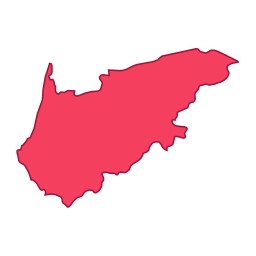 the border of Western, rotated 89°
{"feature_id": "GHA-2162", "entity_name": "Western", "entity_type": "Region", "adm_level": 1, "iso_a3": "GHA", "parent_name": "Ghana", "parent_adm1": "", "projection": "robinson", "projection_center": [-2.27, 5.896], "detail": "fine", "context": "isolated", "style": "filled", "palette": "rose", "viewbox_px": 256, "rotation_deg": 89, "n_neighbors": 0, "source": "natural_earth", "source_scale": "10m", "svg_char_len": 4733}
<svg xmlns="http://www.w3.org/2000/svg" viewBox="0 0 256 256"><g transform="rotate(89 128 128)"><path d="M57.7,94.0L56.7,92.6L50.0,58.7L50.1,57.1L50.8,56.1L52.3,55.1L52.8,54.5L54.4,49.2L54.2,48.5L53.1,46.1L52.0,44.5L51.7,43.5L51.8,40.1L53.2,36.4L63.0,17.4L64.0,16.7L64.1,17.0L65.0,22.1L65.6,24.0L66.5,25.8L66.7,26.2L67.1,26.7L67.8,27.3L68.3,27.6L68.8,27.8L69.9,27.9L70.3,27.9L70.8,27.8L74.0,26.3L74.9,26.1L75.8,26.3L77.1,26.9L79.7,28.5L80.9,29.8L81.9,31.0L83.9,35.2L84.3,37.2L85.6,40.5L85.7,41.1L85.8,42.8L85.9,43.4L86.0,43.9L86.2,44.3L86.4,45.3L86.4,45.9L86.4,46.4L85.7,48.2L85.5,48.7L85.5,49.3L85.6,50.1L85.8,51.1L86.3,52.6L86.6,53.6L86.6,54.4L86.6,55.0L86.9,55.5L87.2,55.8L87.6,56.1L89.9,56.8L90.7,57.2L94.0,60.1L94.4,60.3L95.3,60.5L96.4,60.6L99.6,60.3L100.3,60.4L101.1,60.6L102.2,61.2L102.8,61.7L103.1,62.2L103.5,64.2L103.8,65.2L104.3,65.9L104.7,66.3L105.1,66.6L105.5,66.8L107.2,67.3L108.2,67.8L108.7,68.2L109.0,68.7L112.8,77.7L113.2,78.1L113.7,78.4L114.1,78.5L116.5,78.6L117.0,78.7L117.4,78.8L118.3,79.4L119.4,80.4L120.2,80.8L120.9,80.8L120.6,83.1L120.8,83.4L121.3,83.7L122.0,83.8L122.6,83.8L123.2,83.7L123.6,83.6L124.4,83.2L124.7,82.9L125.8,81.7L126.1,81.3L126.5,80.3L126.8,79.3L127.0,78.2L127.9,71.5L128.1,70.8L128.5,69.7L129.0,69.2L129.5,69.0L130.0,69.0L130.4,69.1L131.2,69.5L133.8,71.4L134.3,71.5L135.0,71.5L136.8,70.8L137.5,70.7L138.1,70.8L138.5,71.1L138.8,71.4L138.9,71.8L139.0,72.1L139.0,72.6L139.0,73.1L137.4,78.6L137.3,79.8L137.3,80.3L137.4,80.8L137.6,81.3L138.4,81.7L144.6,83.3L145.0,83.5L145.3,83.8L145.6,84.1L146.3,85.3L146.5,85.8L146.9,87.3L147.0,87.9L147.3,88.4L147.8,89.1L148.4,89.4L149.0,89.5L151.0,89.4L150.5,90.8L149.9,91.8L148.6,93.2L147.5,94.0L145.2,95.1L143.8,96.0L143.1,96.6L142.7,97.1L142.6,97.6L142.4,98.8L142.4,100.0L142.5,101.2L142.6,101.8L142.8,102.6L143.5,103.8L143.8,104.2L146.3,106.1L147.7,106.8L148.4,107.1L148.8,107.2L150.6,107.8L151.3,108.4L152.1,109.4L152.4,110.0L153.3,112.6L153.6,113.0L153.9,113.3L154.3,113.5L156.9,114.7L158.2,115.5L158.6,115.8L158.9,116.1L160.5,117.9L164.3,124.2L164.6,124.5L164.9,124.8L166.4,126.2L166.8,126.4L167.2,126.6L169.2,127.2L169.6,127.4L170.1,127.9L170.8,128.7L171.9,130.5L172.4,131.5L172.6,132.3L172.5,132.9L172.2,134.6L172.1,136.1L172.1,137.1L172.3,137.7L172.7,138.1L173.8,138.7L174.4,139.2L174.6,139.8L174.5,140.3L174.3,140.7L173.7,141.3L173.4,141.7L173.2,142.1L173.1,142.6L173.0,143.2L173.1,145.1L173.0,146.2L172.5,148.2L172.0,149.8L171.9,150.6L171.9,151.7L172.2,153.6L172.6,154.4L173.0,154.9L173.5,155.0L173.9,154.9L176.7,153.6L177.6,153.4L178.6,153.2L179.1,153.3L179.6,153.4L180.0,153.6L180.4,153.8L181.4,154.7L181.8,154.9L182.3,155.1L182.7,155.2L184.8,155.3L185.8,155.4L186.7,155.8L187.5,156.2L189.1,157.2L190.2,158.3L191.3,159.6L192.1,161.0L192.2,161.4L192.2,161.9L192.1,162.2L191.7,163.0L191.4,163.4L191.1,163.6L190.7,163.7L190.3,164.0L190.0,164.3L189.8,164.7L189.6,165.8L189.4,166.9L189.4,167.5L189.4,168.0L189.7,169.1L190.2,170.8L191.6,172.7L191.9,173.0L192.6,173.6L193.4,174.0L193.9,174.3L194.5,174.7L195.2,175.5L195.5,176.0L195.8,176.7L196.4,178.9L196.7,179.6L197.0,180.1L198.1,181.5L200.9,184.4L204.3,186.9L204.8,187.5L205.7,188.6L206.0,189.3L205.9,189.8L205.7,190.2L203.1,192.4L202.1,193.9L201.8,194.2L201.4,194.5L201.1,194.7L200.7,194.8L200.3,195.0L199.8,195.0L198.6,195.0L198.2,195.1L197.4,195.3L197.0,195.5L196.6,195.7L196.3,196.0L195.9,196.3L195.4,197.0L193.8,200.5L193.4,201.5L193.1,202.6L192.8,204.9L192.7,205.9L193.5,212.2L193.4,212.2L192.2,211.6L190.7,211.5L189.3,211.9L188.2,212.8L188.1,213.6L188.7,215.1L188.5,215.8L187.9,216.5L187.6,216.9L181.8,220.1L180.8,221.0L178.3,224.0L178.1,224.7L178.3,225.4L178.2,225.8L177.5,226.0L176.7,226.1L170.9,228.0L164.4,231.3L163.0,232.6L161.0,235.9L159.7,237.3L158.5,237.8L152.7,238.7L151.5,239.2L149.3,239.3L148.7,239.2L148.1,238.5L147.9,237.5L148.0,236.5L147.8,235.6L146.7,235.3L146.0,235.1L144.7,234.7L143.8,234.6L143.8,234.2L143.1,233.2L139.4,229.9L137.7,229.1L136.8,228.5L136.5,227.7L136.4,227.0L136.0,226.2L135.5,225.7L126.7,221.8L112.4,218.4L98.4,213.1L87.4,212.1L75.2,209.7L63.4,205.6L62.1,205.3L62.4,203.7L63.0,203.5L63.8,203.2L64.8,203.0L70.8,203.0L72.7,203.7L73.2,204.2L74.2,205.9L74.7,206.3L75.8,206.1L77.5,205.3L78.4,205.0L78.2,202.3L80.6,201.2L83.6,200.7L85.4,199.7L88.8,199.9L90.8,199.5L92.0,198.6L92.8,196.8L92.3,196.1L91.2,195.1L90.9,194.7L90.9,193.9L91.2,191.8L91.3,191.0L90.9,189.9L89.7,188.0L89.5,186.7L90.0,180.7L92.9,181.3L94.0,181.1L94.8,179.9L95.1,178.2L94.7,176.5L92.4,170.3L90.9,163.5L90.7,158.4L90.4,156.9L89.7,155.6L88.6,154.6L82.6,152.9L81.2,153.5L78.5,155.4L76.8,155.6L74.8,154.3L74.3,151.9L75.2,145.9L69.7,146.4L70.5,135.4L70.3,131.9L69.3,128.5L66.0,121.7L64.8,118.3L62.2,102.3L60.4,96.9L57.9,94.3L57.7,94.0Z" fill="#f43f5e" stroke="#9f1239" stroke-width="1.5"/></g></svg>